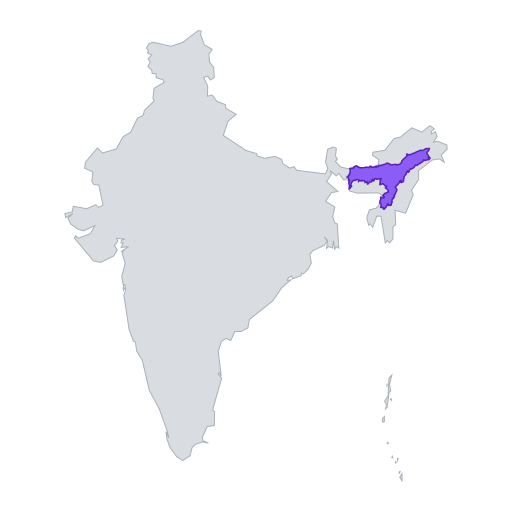 Assam on a map of India (Natural Earth projection)
{"feature_id": "IND-2477", "entity_name": "Assam", "entity_type": "State", "adm_level": 1, "iso_a3": "IND", "parent_name": "India", "parent_adm1": "", "projection": "natural_earth1", "projection_center": [92.64, 26.061], "detail": "fine", "context": "in_parent", "style": "filled", "palette": "violet", "viewbox_px": 512, "rotation_deg": 0, "n_neighbors": 0, "source": "natural_earth", "source_scale": "10m", "svg_char_len": 9421}
<svg xmlns="http://www.w3.org/2000/svg" viewBox="0 0 512 512"><path d="M64.9,213.5L72.3,211.8L73.3,206.3L86.6,208.7L95.8,204.8L98.6,207.5L103.0,205.0L98.8,185.1L93.8,184.5L91.8,181.3L92.9,171.9L84.7,168.2L85.4,162.2L97.4,148.0L102.3,153.0L116.4,149.0L123.1,136.6L130.6,132.3L137.5,118.0L143.1,115.5L144.5,110.2L154.4,100.8L153.0,98.4L154.0,88.4L164.2,82.2L163.1,79.7L156.2,77.8L156.1,73.7L152.2,73.5L151.7,70.0L148.0,66.9L150.2,61.9L148.1,58.6L151.8,55.0L147.5,53.0L148.5,50.5L146.4,48.2L148.7,43.9L153.1,42.2L170.8,46.3L182.3,42.6L198.1,30.7L201.2,31.0L200.6,34.6L204.2,44.7L212.2,49.4L208.9,54.0L209.5,62.0L213.6,67.2L214.3,77.7L210.3,80.0L207.7,76.2L203.6,77.4L207.7,86.2L207.5,96.2L212.2,95.0L216.9,101.4L225.3,104.6L225.7,108.1L236.1,114.4L228.0,121.2L223.3,135.4L246.0,150.5L256.6,153.6L257.3,156.0L264.5,158.3L275.0,156.4L281.7,159.5L282.6,163.5L289.7,168.1L294.0,166.7L296.9,170.4L325.5,173.9L327.8,168.5L325.5,162.0L327.7,149.2L333.4,147.0L336.3,148.3L335.5,156.0L337.4,159.2L335.4,161.4L340.6,167.0L348.6,168.8L356.2,165.9L361.4,167.7L377.8,166.4L378.9,159.6L372.5,155.4L373.0,152.2L384.9,150.3L394.1,138.5L400.6,137.0L411.8,127.8L421.7,132.1L430.0,125.7L434.2,128.8L431.2,131.4L431.4,133.9L435.3,131.9L437.2,136.4L433.4,142.0L437.5,141.2L446.9,145.0L447.1,149.4L441.2,154.9L444.2,162.3L439.4,158.9L432.3,160.0L418.6,170.5L418.7,179.2L411.5,190.5L413.2,194.8L405.6,213.2L395.1,210.3L395.7,224.9L393.0,226.5L392.9,239.0L389.7,242.8L387.2,240.6L385.3,243.0L381.0,216.2L376.8,216.2L372.7,227.3L370.3,223.8L368.7,225.3L366.8,217.8L369.4,209.8L376.1,208.2L379.1,204.9L380.7,197.4L383.9,196.4L378.4,192.9L357.3,193.1L349.4,191.0L349.3,180.8L347.4,176.5L345.8,179.8L343.4,179.8L338.9,173.4L336.4,175.9L330.5,171.0L331.4,174.1L326.6,181.6L337.9,191.5L331.4,192.6L325.6,201.4L334.8,207.0L332.7,216.4L334.7,223.0L337.3,224.0L338.8,248.1L336.2,246.7L334.7,249.2L333.4,240.7L332.6,248.0L328.7,246.5L326.5,248.4L327.6,240.5L324.2,236.8L327.1,240.8L324.3,245.4L313.0,250.5L309.8,254.6L311.3,263.1L308.2,269.1L303.2,273.9L301.5,273.2L301.1,275.7L292.6,278.8L291.7,275.8L288.3,277.8L287.3,280.4L290.8,279.9L281.8,287.7L272.8,300.8L249.4,319.5L247.9,327.9L241.2,331.5L234.9,331.4L230.7,340.5L226.3,338.3L221.5,341.2L218.2,351.2L221.2,376.0L219.2,372.5L218.0,374.1L221.7,378.0L212.6,410.0L214.6,411.8L214.3,425.5L207.3,426.5L202.2,437.3L203.2,440.9L208.4,443.1L202.6,441.9L195.1,444.5L192.0,447.8L190.1,455.7L182.8,460.5L176.8,456.8L170.0,447.6L167.0,439.1L166.0,431.6L168.8,437.8L167.4,431.7L159.4,409.2L149.3,390.4L142.3,360.2L136.7,351.2L135.4,342.0L133.4,341.2L129.1,329.5L123.9,295.3L125.8,289.4L125.4,287.3L123.5,290.1L123.2,288.5L123.4,285.0L125.7,285.4L123.1,284.0L121.7,276.7L125.2,263.5L122.0,252.5L123.5,251.0L121.9,251.1L128.6,246.6L121.1,247.4L123.3,243.1L121.0,243.0L121.5,240.2L124.9,239.0L116.7,238.4L117.8,241.3L114.5,245.4L117.2,250.0L113.8,255.9L100.5,262.4L93.4,260.9L74.4,238.1L75.5,235.8L78.4,238.2L90.4,233.7L94.9,225.6L83.8,230.8L78.2,229.3L70.7,224.0L68.0,218.0L72.9,213.6L65.6,217.6L64.9,213.5ZM387.2,406.5L384.7,401.2L388.1,395.7L389.0,378.0L391.8,375.1L389.4,384.5L390.8,390.8L389.1,392.4L387.2,406.5ZM402.0,473.7L402.1,481.3L399.8,477.1L402.0,473.7ZM384.3,421.8L382.5,422.0L382.3,418.8L384.4,416.5L384.3,421.8ZM396.0,461.5L395.9,463.7L395.5,461.6L396.0,461.5ZM398.1,458.4L397.4,461.4L397.6,458.2L398.1,458.4ZM400.3,470.9L399.6,473.3L399.0,472.4L400.3,470.9ZM388.4,443.4L387.2,443.6L387.8,442.3L388.4,443.4ZM386.8,407.6L385.5,408.8L386.1,406.9L386.8,407.6ZM391.2,398.7L391.8,400.8L390.4,399.2L391.2,398.7ZM392.9,457.8L391.8,457.5L392.3,456.3L392.9,457.8ZM387.3,384.4L386.7,386.8L387.1,384.2L387.3,384.4Z" fill="#d9dde1" stroke="#a8b0b8" stroke-width="1"/><path d="M349.9,168.5L350.3,168.6L350.6,168.6L351.4,168.4L352.9,168.2L353.4,168.1L353.7,167.7L354.0,166.8L354.5,166.5L355.2,166.5L355.4,166.4L356.0,165.9L356.3,165.8L356.7,165.9L357.9,166.8L359.4,167.6L361.1,167.8L364.9,167.6L365.6,167.2L367.3,167.3L367.8,167.4L368.4,167.7L368.6,167.7L369.3,167.4L369.4,167.2L369.8,166.4L370.1,166.2L371.0,166.3L371.4,167.2L371.5,167.3L372.5,167.1L373.1,167.3L373.9,167.2L375.1,166.5L375.5,166.4L375.8,166.5L375.9,167.0L376.0,167.2L376.3,167.1L376.3,166.8L376.1,166.6L376.4,166.5L376.4,166.0L376.6,166.0L376.8,166.1L377.2,166.4L377.5,166.6L378.3,166.4L378.7,165.9L378.8,165.4L380.5,165.5L381.4,165.2L382.1,165.2L382.6,164.9L384.9,164.2L385.7,164.0L386.1,163.7L386.6,163.2L386.9,163.1L388.4,163.4L390.0,164.1L390.1,164.5L390.4,164.7L391.1,164.9L395.7,164.3L396.0,164.4L396.3,164.5L396.8,165.0L397.1,164.9L397.7,164.7L399.0,164.4L399.9,164.1L400.7,163.3L401.6,162.6L401.7,162.4L401.6,161.9L401.6,161.5L401.8,161.0L403.6,159.0L404.7,158.1L407.0,155.9L407.1,155.5L407.1,155.3L406.6,154.8L406.6,154.5L406.7,154.3L407.0,154.0L407.3,154.1L407.6,154.5L408.0,154.6L408.4,154.8L409.6,154.5L410.0,154.8L410.3,154.6L410.6,154.7L411.0,154.5L411.7,154.0L412.4,153.6L413.2,153.4L414.2,153.1L416.1,152.1L420.0,150.5L420.7,150.1L421.5,150.4L422.1,150.5L423.2,150.2L423.8,150.0L425.5,148.8L426.1,148.6L429.3,148.5L429.0,149.7L428.5,150.6L427.4,152.0L427.0,152.5L426.9,152.9L427.0,153.2L427.2,154.3L427.7,154.8L428.1,155.1L428.3,155.4L428.5,156.3L428.3,156.9L428.3,157.1L428.4,157.3L428.3,157.7L428.4,157.8L428.5,157.8L429.0,157.1L429.5,157.1L429.9,157.7L430.0,158.2L429.9,158.4L429.5,158.7L429.3,159.2L428.9,159.4L428.7,159.7L428.6,159.8L428.2,159.6L427.8,159.7L427.2,159.7L425.2,160.5L424.9,160.5L424.1,159.9L423.8,159.9L423.5,160.0L423.2,160.4L422.9,161.4L422.4,161.9L421.5,162.3L420.3,163.4L420.0,163.5L419.5,163.4L419.3,163.5L418.8,164.1L417.1,165.3L416.8,165.4L416.4,165.3L416.0,165.0L415.8,164.9L415.2,165.5L414.3,167.1L413.8,167.5L412.6,168.4L411.5,168.9L411.0,168.8L410.6,169.2L410.2,169.2L409.4,170.2L409.4,170.4L409.3,170.9L409.0,171.5L408.4,172.2L408.1,172.3L407.9,172.2L407.7,171.3L407.4,171.1L406.4,172.5L406.3,172.8L406.3,173.6L406.1,174.2L405.2,175.1L404.0,177.0L403.9,177.3L404.0,177.8L403.9,178.7L403.5,179.2L403.5,179.4L403.5,180.1L403.7,180.7L403.2,181.7L402.6,182.1L401.0,182.5L400.9,182.3L401.3,181.7L401.4,181.4L401.4,180.9L401.2,180.6L400.7,180.5L399.8,181.0L399.7,181.3L400.1,181.8L400.0,182.0L398.4,183.6L397.7,184.7L397.1,185.3L396.3,185.9L395.3,187.0L395.2,187.1L395.3,187.3L395.9,188.0L396.0,188.3L396.4,188.6L396.6,188.9L396.8,189.6L396.8,190.5L396.7,190.8L396.4,191.2L396.0,191.9L395.6,192.8L395.4,193.6L394.9,194.5L394.5,194.7L394.3,195.0L394.2,195.4L394.5,196.0L394.3,196.2L394.0,196.4L394.1,196.7L394.2,196.9L393.6,198.0L393.5,198.5L393.2,198.6L392.8,198.3L392.5,198.5L392.4,198.8L392.2,199.6L392.0,200.2L392.0,200.6L391.9,201.5L392.2,202.2L392.0,202.3L391.8,202.4L391.7,202.5L391.5,203.1L391.4,204.3L391.3,204.8L391.0,204.8L391.1,205.0L390.7,205.3L390.1,205.2L389.9,205.1L389.1,205.5L388.7,205.5L388.0,204.0L387.8,203.7L387.7,203.7L387.5,203.9L387.0,205.5L386.0,206.6L385.9,206.9L385.9,207.5L385.5,207.8L384.3,209.1L384.0,209.2L383.7,209.2L383.4,208.9L383.2,208.2L383.4,207.7L382.6,207.5L381.6,207.5L380.8,207.4L380.6,207.1L381.1,206.0L381.2,205.5L381.1,205.1L380.8,204.4L380.8,203.7L380.7,203.5L379.7,202.8L379.9,202.5L380.1,201.1L380.8,199.1L380.8,198.3L380.6,197.5L380.7,197.3L381.0,197.1L381.5,197.3L382.4,197.9L382.5,198.1L384.0,197.7L384.2,197.2L384.1,196.7L383.6,196.4L383.7,196.2L383.1,195.8L382.8,195.6L383.7,194.5L384.4,193.8L384.7,193.6L385.0,193.6L385.1,193.2L385.6,193.2L386.2,193.1L386.7,192.6L388.3,192.0L388.4,191.9L388.1,191.5L388.0,191.1L388.2,190.4L388.1,190.1L386.9,188.9L386.1,188.5L385.9,188.2L385.4,187.9L385.4,187.7L386.1,187.2L386.4,186.7L386.6,186.4L386.7,186.2L386.3,186.0L385.8,186.3L385.7,186.4L384.6,185.2L384.0,184.6L383.4,184.1L383.2,183.8L382.8,183.6L382.4,183.7L381.9,184.1L381.2,184.2L380.7,184.4L380.1,184.8L379.9,184.7L380.0,183.7L379.9,182.7L380.6,181.1L380.5,180.8L380.1,180.7L380.1,180.2L381.2,179.0L381.3,178.7L381.2,178.6L379.9,178.5L378.5,179.0L378.0,178.9L376.8,179.3L376.3,179.2L375.8,178.6L375.5,178.5L375.3,178.5L375.1,178.6L374.5,179.1L374.1,180.4L373.8,180.8L373.5,180.9L373.1,180.9L373.0,180.5L373.1,179.9L373.1,179.6L372.6,179.3L372.4,179.3L372.0,180.1L371.5,180.6L371.3,181.1L370.9,181.6L371.2,181.7L371.7,181.4L371.6,181.6L370.9,182.0L370.1,182.1L369.4,182.3L369.0,182.7L368.8,183.0L368.2,183.8L368.0,184.0L367.6,184.1L367.4,184.0L367.3,183.6L367.2,182.8L367.3,182.1L367.3,181.9L367.0,181.9L365.8,182.4L365.5,182.2L365.1,182.4L365.1,181.8L365.1,181.4L364.9,181.2L364.5,181.1L364.4,180.7L363.7,180.8L363.0,180.6L362.3,180.7L361.8,181.0L361.7,180.9L361.7,180.5L360.7,180.7L360.1,180.9L359.9,180.8L359.8,180.4L359.6,180.3L359.2,180.8L358.6,181.3L358.6,181.2L358.9,180.5L358.8,180.2L358.1,179.7L356.8,179.6L356.5,179.6L355.9,180.1L355.3,180.3L354.5,180.3L353.4,180.5L353.2,180.6L352.8,181.1L352.2,181.6L351.9,182.2L351.4,182.8L351.2,183.6L350.9,184.2L350.9,184.5L351.0,185.1L351.2,185.5L351.6,186.0L351.6,186.4L351.2,186.8L350.6,186.8L350.4,186.9L350.3,187.1L350.2,187.9L350.1,188.3L349.1,188.7L349.3,187.9L349.3,186.7L349.5,185.6L349.3,185.0L349.0,184.2L348.8,182.8L348.9,182.4L349.4,181.3L349.5,180.9L348.9,180.7L349.4,180.4L349.4,180.2L349.2,179.9L349.0,180.1L348.9,180.1L348.5,179.4L348.4,179.2L348.4,178.5L348.1,178.1L348.0,177.6L347.8,177.4L347.4,177.4L347.2,177.3L347.2,176.9L347.6,176.8L348.2,176.5L348.3,176.4L348.2,176.0L348.2,175.9L348.5,175.7L348.8,175.0L349.5,174.7L349.3,174.4L349.3,174.2L349.7,173.9L349.9,172.5L350.1,171.8L350.3,171.5L350.1,169.9L349.8,168.7L349.9,168.5Z" fill="#8b5cf6" stroke="#5b21b6" stroke-width="1.5"/></svg>